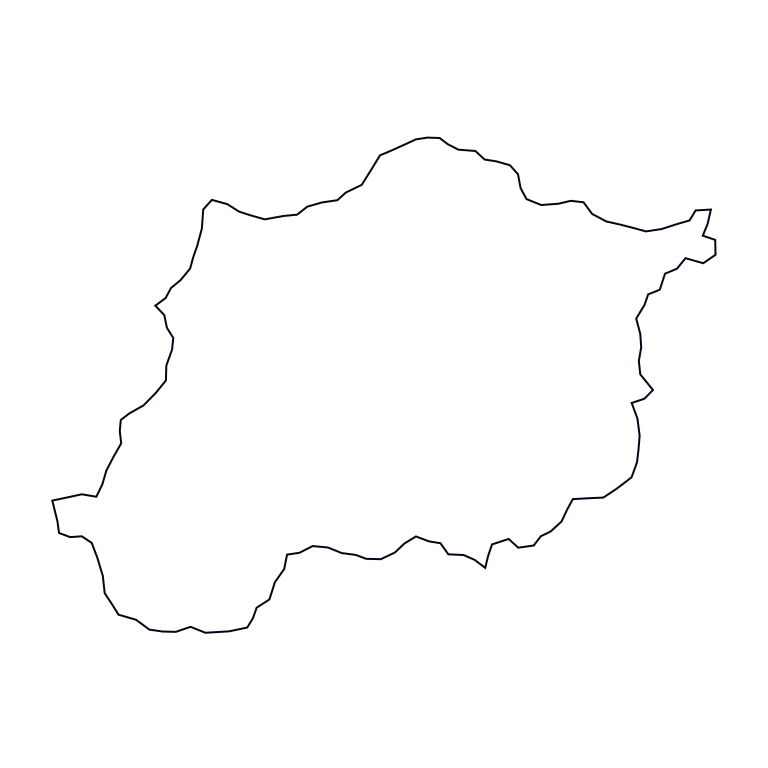 Sericita, Minas Gerais, Brazil, rotated 269°
{"feature_id": "56859067B8747364501961", "entity_name": "Sericita", "entity_type": "district", "adm_level": 2, "iso_a3": "BRA", "parent_name": "Brazil", "parent_adm1": "Minas Gerais", "projection": "robinson", "projection_center": [-42.459, -20.494], "detail": "fine", "context": "isolated", "style": "outline", "palette": "ink", "viewbox_px": 768, "rotation_deg": 269, "n_neighbors": 0, "source": "geoboundaries", "source_scale": "gbopen_adm2", "svg_char_len": 1942}
<svg xmlns="http://www.w3.org/2000/svg" viewBox="0 0 768 768"><g transform="rotate(269 384 384)"><path d="M158.0,114.5L152.6,131.9L142.5,145.2L140.4,158.1L139.8,171.5L144.6,186.3L138.4,201.1L139.4,224.9L142.9,243.0L152.0,248.8L162.6,252.8L170.6,265.7L187.6,271.4L200.8,281.0L215.1,284.1L216.7,296.5L223.2,309.8L221.5,325.1L215.7,338.7L213.6,352.8L209.5,363.2L208.9,377.8L215.3,391.9L224.2,401.7L231.0,413.3L225.9,426.2L223.8,437.7L212.6,445.3L211.6,460.6L206.6,471.5L198.4,482.0L210.3,485.1L221.7,489.2L226.9,505.9L218.0,515.4L219.9,530.9L229.0,538.1L233.7,548.1L243.4,559.1L255.4,565.0L265.6,570.8L266.2,586.5L266.6,601.3L275.3,614.9L286.4,629.9L301.3,635.6L313.9,637.3L327.8,638.7L345.1,636.8L360.7,631.3L364.8,644.2L373.3,652.8L389.2,640.4L402.6,639.2L416.3,641.8L429.7,641.1L445.0,637.3L458.6,645.9L469.0,649.7L473.5,661.4L489.4,666.9L494.2,679.0L504.5,687.6L499.2,705.3L507.4,717.7L522.3,717.7L526.7,705.3L538.2,710.3L552.7,713.9L552.1,698.6L542.2,692.4L538.8,679.8L534.1,664.3L532.0,648.5L535.8,635.6L539.3,622.8L542.6,609.2L550.4,595.1L562.2,586.7L563.9,573.9L561.2,561.5L560.2,544.3L566.4,529.7L577.5,524.0L591.4,521.6L600.5,513.8L604.6,500.4L606.7,488.5L615.4,479.4L617.0,462.5L622.6,452.0L629.0,443.9L629.6,431.7L628.0,420.0L622.8,408.3L617.4,395.7L612.7,384.0L599.9,375.9L583.5,365.2L576.1,349.2L568.6,340.6L566.6,325.1L562.7,310.5L554.8,300.0L553.8,286.7L550.7,267.6L555.2,252.8L558.9,242.1L566.6,230.4L571.1,215.1L561.6,206.3L542.6,204.6L525.2,199.6L514.5,195.6L502.9,192.2L491.5,182.5L483.7,172.7L473.8,167.2L466.3,156.7L456.8,165.5L444.0,167.9L433.8,174.1L422.1,172.7L406.3,166.7L391.3,166.0L379.1,155.7L366.9,143.3L359.0,128.8L352.6,120.2L341.6,119.0L329.2,120.2L315.6,112.1L302.3,104.9L288.5,100.6L276.3,94.4L279.0,79.9L276.3,66.3L273.2,50.3L262.8,52.7L252.3,55.1L240.7,56.5L236.4,67.5L237.0,79.2L230.2,89.0L215.1,94.4L197.1,99.5L179.7,101.1L169.2,107.8L158.0,114.5Z" fill="none" stroke="#020617" stroke-width="2"/></g></svg>